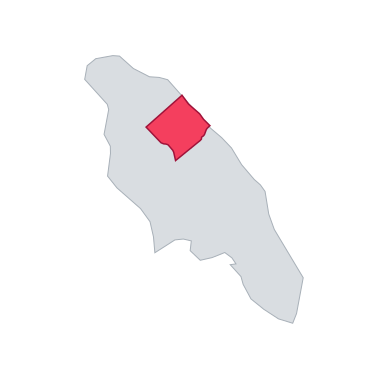 Jamaica, with Trelawny highlighted, rotated 40°
{"feature_id": "JAM-1375", "entity_name": "Trelawny", "entity_type": "Parish", "adm_level": 1, "iso_a3": "JAM", "parent_name": "Jamaica", "parent_adm1": "", "projection": "robinson", "projection_center": [-77.552, 18.351], "detail": "fine", "context": "in_parent", "style": "filled", "palette": "rose", "viewbox_px": 384, "rotation_deg": 40, "n_neighbors": 0, "source": "natural_earth", "source_scale": "10m", "svg_char_len": 1169}
<svg xmlns="http://www.w3.org/2000/svg" viewBox="0 0 384 384"><g transform="rotate(40 192 192)"><path d="M194.0,132.9L212.5,139.2L231.6,142.4L239.8,142.6L247.6,144.6L265.0,159.6L279.1,167.8L332.3,186.2L350.2,217.9L353.5,227.8L339.8,233.6L322.4,235.7L305.9,236.0L290.6,229.9L283.9,225.3L268.0,223.1L271.9,218.8L264.9,216.8L256.0,217.3L249.5,229.4L242.2,239.0L228.3,238.1L222.9,229.9L215.6,233.6L209.7,239.7L202.6,262.4L191.3,251.1L178.9,241.7L163.3,237.8L131.9,237.1L117.1,234.1L104.8,214.9L100.0,209.4L87.6,204.4L75.2,182.4L70.8,179.3L37.4,174.7L30.5,162.6L32.6,151.7L43.7,138.4L49.1,134.5L67.7,135.1L85.3,131.1L93.1,125.4L101.2,121.6L165.2,131.2L179.9,131.3L194.0,132.9Z" fill="#d9dde1" stroke="#a8b0b8" stroke-width="1"/><path d="M122.1,124.3L132.9,126.9L147.6,127.2L154.1,128.9L163.1,129.7L163.0,130.0L162.7,133.5L162.8,134.9L164.6,139.9L164.7,141.1L164.6,142.1L164.2,143.2L164.2,143.9L164.4,144.3L165.2,145.4L165.2,146.2L165.2,147.1L159.2,178.5L152.4,173.3L150.2,172.3L149.7,172.3L143.9,171.3L143.1,171.3L142.2,171.6L141.1,172.1L139.4,173.3L138.5,173.6L136.6,174.2L115.1,171.8L122.1,124.6L122.1,124.3Z" fill="#f43f5e" stroke="#9f1239" stroke-width="1.5"/></g></svg>